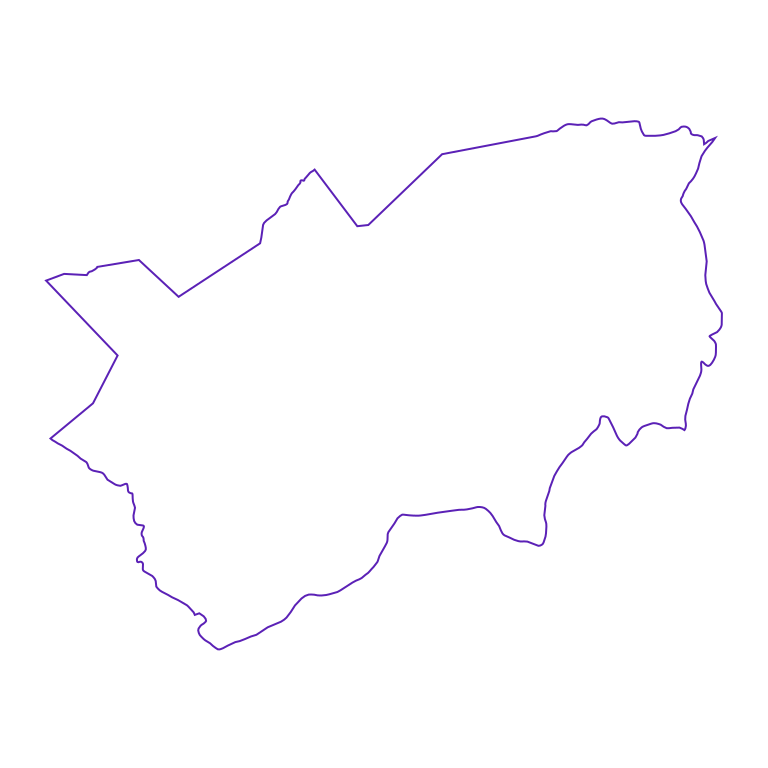 San Antonio de Flores, El Paraíso, Honduras
{"feature_id": "27666195B39425544771184", "entity_name": "San Antonio de Flores", "entity_type": "district", "adm_level": 2, "iso_a3": "HND", "parent_name": "Honduras", "parent_adm1": "El Paraíso", "projection": "albers", "projection_center": [-86.823, 13.709], "detail": "fine", "context": "isolated", "style": "outline", "palette": "violet", "viewbox_px": 768, "rotation_deg": 0, "n_neighbors": 0, "source": "geoboundaries", "source_scale": "gbopen_adm2", "svg_char_len": 6100}
<svg xmlns="http://www.w3.org/2000/svg" viewBox="0 0 768 768"><path d="M684.4,430.1L684.9,429.5L685.4,428.3L685.9,425.8L685.8,423.6L685.4,421.1L685.2,419.5L685.4,415.9L687.0,409.7L688.3,403.8L689.9,398.7L692.3,393.6L693.3,389.4L700.0,375.6L700.8,373.2L701.2,371.6L701.4,369.7L701.1,364.8L701.1,363.0L701.3,362.2L701.6,361.7L702.3,361.8L703.3,362.5L705.3,364.5L707.0,365.6L708.0,365.9L709.0,365.7L710.3,364.9L712.1,362.7L713.9,359.7L715.2,356.8L715.7,355.0L715.9,352.6L716.0,346.5L715.9,344.2L715.2,342.5L714.2,340.9L710.1,337.1L709.6,336.3L709.8,335.9L711.8,334.7L717.1,332.1L719.4,329.6L720.8,327.5L721.4,326.0L721.7,324.7L721.9,313.5L721.8,312.7L721.2,311.6L716.1,304.1L714.4,301.0L709.4,292.7L707.7,288.4L706.2,284.0L705.7,281.0L705.3,275.1L706.7,261.4L704.5,244.7L704.0,242.3L703.5,240.6L699.9,232.2L697.0,226.5L694.4,222.3L690.9,216.2L685.8,209.0L682.1,204.2L681.1,202.3L680.8,200.9L680.9,199.6L681.2,198.5L682.7,196.1L683.2,194.3L683.8,192.8L684.7,191.0L686.2,188.9L688.9,183.3L691.0,181.2L693.1,178.6L694.5,176.4L696.0,173.4L698.1,168.6L699.4,163.1L701.2,157.3L701.6,156.1L705.0,150.7L707.5,147.5L712.3,142.0L715.1,138.0L708.2,141.0L707.5,141.7L706.0,143.0L704.1,144.2L703.8,140.4L703.6,139.3L703.1,138.2L701.7,136.4L698.0,135.3L696.9,135.1L694.2,135.1L692.9,134.8L692.0,134.4L691.3,133.9L690.9,133.4L690.8,132.2L690.5,131.3L689.2,128.8L687.5,127.4L685.8,126.7L683.9,126.5L681.6,126.8L680.5,127.5L678.7,129.4L675.6,131.2L669.4,133.3L663.5,134.9L660.3,135.4L655.2,135.8L645.9,135.8L644.8,135.6L644.0,135.1L641.9,131.5L640.8,128.7L639.4,122.7L639.1,122.1L638.5,121.7L636.7,121.3L634.4,121.2L622.4,122.4L618.9,122.2L614.4,123.5L612.2,123.7L611.4,123.4L610.4,122.9L606.7,120.3L604.5,119.1L602.7,118.6L600.6,118.6L598.9,118.9L596.6,119.5L591.8,121.2L590.5,122.0L588.4,124.2L586.6,125.3L585.4,125.2L583.4,124.7L581.2,124.6L577.9,124.9L571.0,124.2L568.9,124.1L567.3,124.3L565.6,124.9L563.9,125.8L559.8,128.6L557.3,130.7L556.6,131.1L553.8,131.3L552.2,131.3L551.1,131.2L550.3,131.3L544.2,133.2L540.7,134.5L537.7,135.8L536.0,136.3L442.1,154.2L368.3,225.0L357.3,226.2L314.6,169.6L313.2,170.8L310.9,172.1L309.8,173.0L305.7,177.8L304.9,178.6L304.5,179.3L304.3,180.2L304.0,180.6L303.4,180.7L302.6,180.4L301.6,180.3L301.0,180.4L300.6,180.7L300.4,181.2L300.4,182.5L299.7,183.7L298.3,185.1L295.4,189.2L293.7,191.3L291.9,193.2L291.2,194.3L290.1,196.5L288.9,199.5L287.7,201.4L287.5,203.1L287.0,204.0L285.5,204.9L281.0,206.3L280.1,206.8L278.4,209.0L276.7,212.1L275.1,214.1L266.6,220.4L264.1,222.9L263.1,224.9L261.3,237.7L260.1,243.3L178.6,296.8L138.9,260.0L97.3,266.9L96.8,267.9L94.8,269.5L91.8,271.2L89.5,271.8L88.5,272.6L86.8,275.1L64.1,273.9L46.1,280.6L117.6,355.5L93.0,403.3L50.5,438.5L52.4,440.1L55.2,441.7L57.8,443.4L62.1,445.6L66.6,448.7L70.4,450.8L77.5,455.8L80.6,458.6L86.3,462.1L86.7,462.6L87.5,464.0L88.8,467.7L89.5,468.5L90.5,469.3L91.9,470.1L93.3,470.7L100.0,472.1L101.7,472.6L102.9,473.3L104.2,474.6L107.5,479.7L114.9,484.3L115.9,484.8L117.5,485.3L120.3,485.8L121.6,485.4L125.3,483.9L126.3,483.8L126.9,484.0L127.4,485.3L127.8,487.9L128.0,490.6L128.4,491.7L128.9,492.3L129.6,492.7L130.7,493.2L132.1,493.4L132.3,493.7L132.5,494.1L132.6,495.5L132.7,498.6L133.0,501.6L133.4,503.0L134.4,505.6L135.0,507.8L133.5,515.4L133.6,518.2L134.2,521.1L135.4,523.1L137.3,524.7L143.1,525.5L143.6,525.8L143.9,526.4L143.8,527.3L143.5,528.3L141.9,531.9L141.6,533.1L141.6,534.2L141.9,535.6L143.0,537.0L143.4,537.9L143.6,539.0L143.7,540.8L144.7,543.3L145.4,545.8L145.8,547.9L145.8,549.5L145.1,551.0L143.0,553.2L138.8,556.4L137.6,557.5L137.1,558.5L136.9,559.3L137.0,560.6L137.2,561.6L137.6,562.0L138.5,562.2L140.1,561.7L141.1,561.8L141.6,562.0L142.5,562.8L143.0,564.0L142.8,569.2L143.1,570.2L143.6,570.9L144.6,571.6L152.3,576.0L153.7,577.5L154.9,579.1L155.7,581.0L156.3,586.6L157.8,588.5L159.8,590.4L162.0,591.8L168.2,595.0L172.1,597.3L177.9,600.0L187.0,605.3L188.4,606.6L193.7,612.4L194.8,614.9L199.3,613.3L203.7,616.3L205.6,618.8L206.1,620.9L205.5,621.9L203.6,623.6L201.8,624.7L200.6,625.7L198.6,628.5L198.2,630.4L198.8,632.9L199.8,635.0L201.3,636.7L203.6,639.0L205.2,640.3L210.1,643.3L212.8,645.8L215.6,647.9L217.8,649.3L219.4,649.4L220.7,649.1L223.0,648.2L227.8,645.6L235.3,642.1L239.7,641.1L245.1,639.0L250.9,636.5L256.4,634.8L267.7,627.3L281.0,621.7L284.1,619.7L286.5,617.6L290.7,612.1L295.0,605.4L301.5,598.5L305.1,595.9L308.7,594.6L311.2,594.5L314.2,594.7L317.8,595.4L321.4,595.5L326.2,595.0L329.3,594.3L337.4,592.0L340.5,590.3L352.4,582.6L356.1,580.6L359.3,579.3L361.7,578.0L365.5,574.8L368.1,572.9L369.7,571.2L371.6,569.0L373.5,567.0L377.3,562.1L377.8,561.0L379.5,555.9L384.9,546.4L386.8,542.8L387.3,541.2L387.5,539.7L387.7,534.2L388.0,533.2L388.4,532.1L394.4,523.5L397.5,518.3L400.2,515.9L402.2,514.7L403.9,514.7L409.0,515.3L413.5,515.6L418.1,515.7L420.6,515.5L425.7,514.8L437.8,512.7L451.4,510.8L459.1,509.8L464.2,509.7L466.9,509.4L472.5,508.3L476.2,507.3L477.7,507.0L479.9,507.0L482.2,507.3L484.2,507.9L485.9,508.9L488.3,510.9L490.4,513.0L492.7,516.1L496.3,522.1L499.1,526.0L500.9,530.4L502.4,533.3L503.4,534.5L504.6,535.4L509.4,537.5L514.2,539.8L518.3,541.1L520.7,541.5L524.2,541.4L527.4,541.6L538.4,545.8L540.0,545.6L541.6,544.9L542.8,543.9L543.6,542.4L545.5,536.6L546.0,533.3L546.4,526.6L546.3,523.9L546.0,522.4L544.9,519.0L544.3,515.2L545.4,505.8L545.3,504.2L545.5,502.5L545.9,500.9L549.3,491.0L549.8,488.1L554.3,475.9L556.9,471.3L559.5,467.1L562.4,463.2L566.9,456.6L568.3,454.8L570.0,453.3L571.4,452.2L579.1,447.8L581.6,445.9L582.5,445.0L584.2,442.3L587.0,439.0L591.1,433.7L593.8,431.3L595.8,429.8L596.8,428.9L598.2,426.7L599.4,424.3L599.7,423.3L599.9,420.6L600.3,418.6L600.8,417.3L601.7,416.5L602.8,416.3L604.3,416.3L607.5,417.3L608.3,417.9L609.0,419.1L613.1,427.2L616.9,435.7L618.0,437.7L619.2,439.4L620.2,440.6L623.9,443.9L625.4,445.1L626.0,445.4L626.6,445.4L627.3,445.1L629.1,443.8L635.4,437.6L637.2,434.3L637.6,433.4L637.7,432.3L638.2,431.5L639.4,429.6L641.4,427.6L642.5,426.8L644.3,426.0L651.4,423.6L653.1,423.2L654.5,423.2L656.4,423.4L658.7,424.0L660.7,424.7L663.7,426.8L666.7,428.2L669.0,428.2L672.4,427.8L679.5,427.6L682.5,428.9L684.4,430.1Z" fill="none" stroke="#5b21b6" stroke-width="2"/></svg>